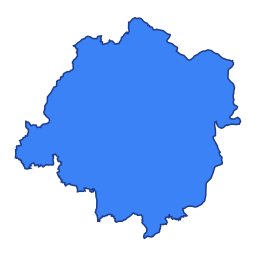 Gazipur, Dhaka, Bangladesh
{"feature_id": "16705992B50862305652789", "entity_name": "Gazipur", "entity_type": "district", "adm_level": 2, "iso_a3": "BGD", "parent_name": "Bangladesh", "parent_adm1": "Dhaka", "projection": "mercator", "projection_center": [90.414, 24.092], "detail": "fine", "context": "isolated", "style": "filled", "palette": "blue", "viewbox_px": 256, "rotation_deg": 0, "n_neighbors": 0, "source": "geoboundaries", "source_scale": "gbopen_adm2", "svg_char_len": 5736}
<svg xmlns="http://www.w3.org/2000/svg" viewBox="0 0 256 256"><path d="M144.6,238.3L147.8,235.9L148.5,236.5L151.5,237.0L153.3,236.2L153.3,235.4L154.5,235.0L154.9,234.1L159.3,232.1L159.6,231.5L159.4,230.2L159.8,229.2L160.3,229.0L160.2,227.9L160.7,226.6L160.5,224.6L161.6,224.3L163.2,224.7L164.9,224.0L166.0,224.3L166.0,223.8L166.5,223.9L167.1,222.3L166.8,220.9L165.8,220.0L165.2,218.8L166.0,218.2L165.9,217.5L167.3,216.9L167.7,216.9L168.5,217.7L169.1,217.6L169.4,216.5L168.8,215.0L169.4,214.8L169.5,216.0L170.6,216.4L171.1,217.5L171.7,217.0L171.8,218.5L172.4,219.2L173.7,218.5L175.9,219.4L175.8,218.6L176.5,218.8L176.6,219.2L178.2,219.1L178.4,220.0L178.9,219.3L179.0,219.7L180.2,219.7L180.6,218.2L180.2,217.8L180.9,217.7L181.1,216.8L181.5,216.5L183.6,217.0L183.7,215.8L186.2,216.1L187.0,215.7L183.7,212.4L182.8,208.5L184.5,208.4L186.9,206.7L189.1,206.1L192.6,206.3L194.6,207.0L197.0,206.7L201.7,204.2L203.1,202.3L204.6,201.0L205.7,195.6L206.2,183.1L211.0,178.2L213.1,172.7L214.6,167.5L215.7,166.4L221.9,164.1L222.4,163.0L221.6,159.9L222.0,157.3L221.2,156.3L220.0,155.5L219.2,152.8L220.1,152.4L220.0,152.0L218.6,149.9L217.4,146.9L217.5,146.1L214.1,140.1L213.2,137.7L213.4,136.4L215.2,135.8L215.5,135.3L215.4,129.5L214.6,125.5L214.9,122.1L216.2,121.5L217.0,124.6L218.4,126.6L220.0,127.7L221.8,128.2L223.2,127.6L226.5,124.9L227.3,125.4L231.5,124.1L235.5,124.5L239.2,124.2L240.6,121.3L239.5,118.7L237.6,117.4L234.7,118.8L233.1,119.1L230.2,118.4L229.8,117.9L230.0,116.4L231.7,115.0L233.0,113.1L233.9,110.6L236.7,108.9L237.5,107.0L237.0,106.3L233.9,104.5L233.3,102.5L233.9,99.3L233.3,97.9L233.1,95.1L233.8,93.3L233.7,91.3L234.5,88.1L233.8,85.0L232.8,83.3L230.7,81.7L227.9,78.2L228.3,70.3L229.0,69.0L231.6,67.2L233.4,64.5L233.4,62.9L232.5,61.8L232.5,60.7L231.9,61.1L229.1,60.0L227.8,60.1L222.1,57.9L217.8,53.9L214.4,53.0L211.4,50.6L207.9,49.9L206.8,50.2L205.8,51.0L203.1,51.1L200.1,52.5L197.8,54.4L194.4,56.0L192.9,58.1L190.6,59.7L189.3,60.1L187.9,59.7L184.0,55.5L180.3,54.2L176.3,51.0L177.0,50.3L177.5,48.1L177.1,47.3L174.3,45.7L172.3,43.8L168.1,42.4L166.9,41.4L167.1,40.0L168.9,37.9L170.2,35.3L170.1,34.5L167.5,34.0L163.2,30.7L157.9,29.7L156.8,29.2L155.2,29.9L153.3,29.7L152.3,27.3L149.7,26.6L149.5,25.6L147.9,25.4L148.1,24.5L147.0,23.2L145.6,22.8L143.6,21.4L141.3,18.7L139.2,18.1L136.8,18.6L135.2,17.7L132.5,19.0L129.8,22.4L128.9,22.1L128.6,22.4L128.8,24.7L128.5,25.1L128.7,26.6L128.5,27.8L129.2,31.4L128.4,32.5L128.3,33.4L127.8,33.6L127.0,33.5L126.9,32.2L126.5,32.3L124.7,33.9L123.2,36.3L121.6,37.4L120.9,40.4L119.7,41.7L119.4,42.9L118.8,43.6L118.4,43.4L115.0,44.1L112.8,41.4L112.0,41.0L110.8,41.1L109.5,40.2L109.1,41.9L108.3,42.7L106.7,43.4L102.7,44.4L102.3,43.8L102.5,42.1L101.7,41.5L100.6,41.7L100.3,41.3L101.2,39.9L100.9,38.1L101.4,35.9L98.0,36.4L97.5,36.8L97.1,38.4L96.7,38.7L92.5,38.5L90.2,36.8L87.6,36.3L85.7,37.3L84.8,38.7L83.9,38.7L81.9,39.5L80.5,41.1L77.8,42.8L75.8,44.8L73.5,45.8L74.0,46.4L75.1,46.4L76.4,48.9L77.5,49.0L77.7,49.6L77.2,50.3L77.4,51.0L76.5,52.0L76.6,52.9L77.2,53.0L77.5,56.2L76.5,57.2L75.8,58.4L73.4,60.3L73.5,61.1L72.6,61.9L72.4,62.9L73.0,63.8L73.3,68.8L72.1,70.0L70.5,70.6L69.8,71.5L66.5,72.0L63.6,73.7L63.0,76.2L62.2,76.9L61.5,76.6L60.7,77.2L60.4,79.3L59.7,80.0L57.9,80.4L56.8,81.3L56.5,86.2L53.8,87.3L51.2,92.3L47.4,97.0L47.3,102.1L44.9,105.8L44.7,109.4L43.8,112.2L44.4,114.4L45.0,114.4L46.2,116.2L49.0,118.6L49.5,120.2L49.2,122.1L48.3,122.9L45.9,123.8L42.9,124.3L41.2,125.8L40.8,127.4L40.0,127.0L37.2,127.5L36.2,125.2L33.1,124.9L31.1,125.7L28.7,122.4L28.0,122.0L26.7,122.1L26.0,121.3L25.8,121.9L26.2,122.4L25.7,123.2L26.0,124.6L25.7,126.4L26.5,127.9L27.9,128.7L28.4,130.3L28.5,131.9L27.3,134.9L27.5,135.9L27.2,136.2L25.5,135.8L25.2,137.1L23.1,137.7L22.8,139.1L19.7,140.6L20.5,142.2L20.5,143.1L21.4,144.7L20.4,145.6L18.9,145.5L18.5,146.0L16.7,146.0L16.4,147.0L16.8,149.5L15.6,149.8L15.6,150.2L15.9,153.7L15.4,157.7L16.4,157.7L16.5,158.2L17.0,158.0L18.8,158.9L19.0,159.6L20.2,159.6L20.5,160.5L21.3,160.4L21.5,162.6L23.7,164.3L23.2,165.0L24.0,165.9L25.0,168.6L27.3,169.0L28.0,168.4L29.0,168.7L30.7,168.2L29.2,167.4L29.2,166.8L29.9,166.0L31.2,165.8L30.4,164.8L30.6,164.4L33.5,162.9L34.0,163.2L34.6,165.5L35.9,165.7L36.4,164.9L38.1,164.8L38.6,166.8L40.1,166.2L40.2,165.2L40.7,164.7L41.9,165.6L42.4,166.6L43.3,166.9L46.0,164.6L46.7,165.0L47.1,164.7L48.3,165.1L50.2,164.8L52.9,165.0L53.6,163.7L52.9,159.0L53.5,158.3L53.3,156.8L53.5,155.9L52.9,156.3L52.5,156.0L53.0,154.9L54.0,154.3L55.5,154.3L56.6,155.8L58.4,157.1L57.3,158.9L58.0,160.9L58.9,161.7L59.5,161.4L60.5,161.7L60.8,162.6L61.2,162.5L60.9,163.5L61.3,164.7L59.7,165.4L58.5,167.4L58.6,168.3L57.9,169.0L58.9,169.6L59.5,171.4L57.1,172.6L58.6,176.4L59.6,176.3L59.4,177.6L60.1,177.9L61.2,180.0L62.0,180.0L61.2,181.9L62.1,182.1L62.5,182.7L63.6,182.4L64.3,183.0L65.1,183.1L64.7,184.5L65.7,185.8L67.3,184.5L69.8,183.6L70.1,184.6L76.5,186.0L77.5,189.4L77.4,191.8L79.6,191.3L83.2,191.3L84.1,190.8L85.1,191.0L84.4,187.9L89.7,189.1L90.1,189.6L89.8,191.1L91.7,192.2L92.1,191.8L93.2,191.8L93.4,190.6L93.1,189.9L92.1,189.8L91.8,189.5L92.5,188.8L93.9,188.8L95.7,192.1L96.1,197.1L96.9,199.9L96.7,208.3L95.9,209.9L96.1,210.8L95.4,211.7L95.4,212.4L97.0,215.2L97.7,218.3L97.7,221.3L99.6,221.4L99.8,220.3L99.1,219.7L102.3,217.0L102.2,216.3L102.9,216.0L103.4,216.6L104.3,216.5L106.0,215.3L106.8,215.7L108.6,214.3L112.0,214.8L111.4,216.0L112.1,216.4L114.0,216.2L113.9,217.6L114.3,218.3L115.3,218.6L114.8,220.7L116.1,222.2L118.5,221.4L122.2,221.2L124.1,219.8L125.5,219.7L126.9,218.1L129.8,216.3L133.3,213.0L135.1,214.1L136.6,214.1L137.5,215.3L141.3,215.0L142.5,216.4L142.1,216.9L142.6,218.0L142.0,220.2L142.8,220.8L142.0,222.5L142.7,223.7L143.4,224.0L146.9,228.5L146.6,231.9L144.3,234.2L143.7,236.7L144.0,238.0L144.6,238.3Z" fill="#3b82f6" stroke="#1e3a8a" stroke-width="1.5"/></svg>